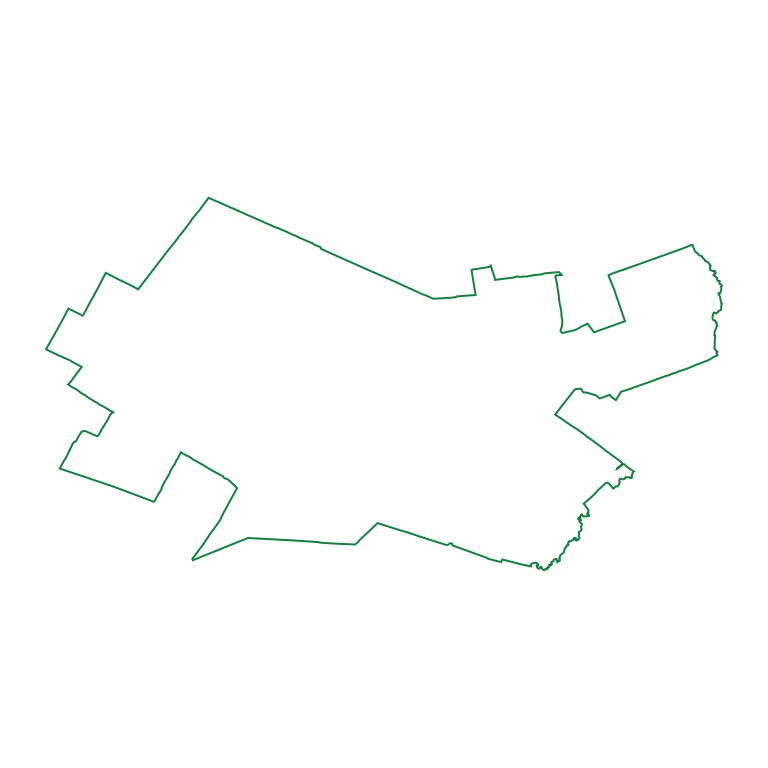 the district of Vanatori, Mehedinti, Romania
{"feature_id": "2599482B58369047953244", "entity_name": "Vanatori", "entity_type": "district", "adm_level": 2, "iso_a3": "ROU", "parent_name": "Romania", "parent_adm1": "Mehedinti", "projection": "mercator", "projection_center": [22.926, 44.254], "detail": "fine", "context": "isolated", "style": "outline", "palette": "green", "viewbox_px": 768, "rotation_deg": 0, "n_neighbors": 0, "source": "geoboundaries", "source_scale": "gbopen_adm2", "svg_char_len": 6081}
<svg xmlns="http://www.w3.org/2000/svg" viewBox="0 0 768 768"><path d="M580.2,516.3L581.6,514.4L582.1,514.6L582.3,515.8L582.9,516.2L585.0,516.5L588.8,516.0L589.2,515.4L589.2,515.0L587.2,514.2L587.1,513.7L588.5,512.2L588.2,511.8L588.5,510.1L583.7,503.6L588.1,500.0L591.9,496.6L595.8,492.8L597.9,490.3L605.4,483.4L606.5,482.8L607.6,482.7L608.7,483.5L611.8,486.7L613.2,488.6L614.0,488.2L614.6,487.2L615.6,486.5L617.3,486.4L617.8,486.1L619.0,484.5L619.1,484.0L619.8,482.7L619.3,481.0L619.4,479.8L620.0,478.8L620.9,478.6L622.1,479.4L624.5,478.9L624.8,478.7L625.1,477.8L625.9,477.1L627.3,477.4L628.5,477.2L629.2,477.4L630.0,478.0L631.0,478.1L632.1,477.5L631.5,475.5L632.4,474.6L632.6,472.7L633.9,471.5L628.5,468.0L623.7,464.0L622.7,464.5L618.4,468.1L616.9,468.9L617.1,468.3L622.0,464.4L622.2,463.8L621.9,462.8L618.7,460.1L606.2,451.0L599.2,445.4L589.4,438.2L586.8,436.8L586.2,435.9L584.8,434.8L576.7,428.9L572.1,426.2L560.4,418.0L555.1,414.6L574.5,389.8L575.8,389.1L581.1,388.7L582.5,391.4L583.8,392.5L585.5,392.4L588.4,393.1L595.9,395.4L597.4,396.4L599.5,398.4L600.3,398.3L609.8,394.8L611.1,396.7L615.9,400.1L621.1,391.7L630.0,389.0L633.9,387.4L647.2,382.8L660.5,377.9L666.8,375.7L668.0,375.5L673.8,373.2L676.8,372.3L678.6,371.4L686.3,369.0L696.3,364.8L708.1,360.3L711.4,358.5L712.9,357.4L717.4,355.4L716.4,352.5L716.4,352.3L717.4,351.8L714.7,348.9L714.4,347.7L714.8,344.0L714.7,341.5L714.9,337.6L715.4,336.5L715.2,336.0L714.5,335.5L714.3,335.0L714.6,334.4L714.5,332.8L714.7,331.8L716.7,326.6L717.3,325.8L716.6,325.0L716.8,323.8L716.7,322.9L716.0,322.7L715.4,320.8L714.4,320.8L714.0,320.1L713.0,319.7L712.5,318.1L712.6,316.1L713.6,312.8L714.7,312.5L716.1,313.4L717.9,312.1L718.4,311.0L720.9,310.0L721.2,309.7L721.1,307.0L721.4,306.1L721.5,304.6L721.8,303.7L721.2,303.2L721.1,302.8L721.3,302.3L720.7,301.1L720.6,300.5L720.8,299.9L720.3,298.8L720.0,296.7L718.4,293.8L718.8,293.2L719.3,293.6L719.8,293.4L720.4,292.6L721.3,289.2L721.2,287.7L720.9,286.9L721.9,285.8L721.9,285.4L721.2,284.4L720.3,284.3L719.4,283.7L719.3,282.9L719.8,281.5L719.6,281.0L717.5,280.7L717.3,280.4L716.9,278.8L717.1,277.9L713.6,275.2L713.5,274.8L713.8,274.5L715.5,273.6L715.6,272.8L715.2,271.5L714.6,270.9L714.2,271.4L714.0,270.9L713.5,271.2L710.6,270.2L710.1,269.5L709.9,267.9L710.2,267.7L710.6,265.6L710.0,265.6L709.7,265.3L709.6,264.1L708.0,262.7L707.6,262.0L705.1,260.9L705.2,260.4L703.2,258.4L702.3,257.2L702.0,256.4L698.7,254.8L697.7,253.8L697.7,253.4L695.5,251.9L694.9,251.0L693.7,248.2L692.6,245.0L691.5,245.0L682.7,248.5L633.6,266.1L611.5,273.8L608.5,275.4L614.3,290.0L625.0,321.2L594.0,332.3L587.6,323.7L580.7,326.9L578.7,328.3L574.5,330.2L562.6,333.0L560.7,331.5L560.6,330.3L561.9,326.3L562.3,322.2L562.1,319.1L561.5,316.1L561.4,312.0L559.1,300.1L558.7,295.2L556.6,281.8L555.4,276.7L555.4,276.0L555.7,275.6L561.7,274.9L558.9,272.1L544.4,273.4L541.9,274.3L533.7,275.2L526.8,276.5L523.0,276.5L520.4,276.9L516.9,276.5L515.0,277.3L495.1,279.9L494.6,277.3L492.1,270.1L490.8,265.6L489.3,266.9L472.0,269.7L471.5,270.1L475.6,295.0L456.9,296.4L455.2,297.3L448.2,298.0L446.4,297.8L444.8,298.1L433.1,298.7L426.1,295.5L422.9,294.4L387.9,278.5L366.7,269.3L325.5,250.9L320.8,248.7L320.6,247.2L313.6,244.4L313.0,243.4L310.2,242.4L298.7,237.4L295.6,235.7L291.0,234.0L285.7,231.3L284.1,230.8L278.1,228.1L274.3,226.8L208.6,197.8L198.9,210.9L192.3,218.7L190.0,222.3L182.9,231.7L179.7,235.5L173.3,244.1L168.8,249.4L138.2,289.3L129.0,284.4L122.1,281.2L105.7,272.9L96.9,289.9L82.8,315.7L68.5,308.6L60.7,323.2L46.1,349.3L58.4,355.3L69.7,360.2L73.4,362.5L81.7,366.9L68.9,384.0L68.1,384.4L70.7,386.3L77.4,390.0L81.2,393.1L85.3,395.3L89.1,398.3L90.4,398.8L93.0,400.6L97.7,403.2L99.1,404.5L104.1,406.9L110.3,410.8L114.2,412.7L112.9,412.4L111.8,412.9L110.0,415.2L108.8,417.5L108.4,418.8L104.9,424.2L104.0,425.9L103.1,427.0L99.1,434.2L97.6,436.2L97.1,436.2L85.4,431.1L84.2,431.0L81.6,431.7L78.1,437.1L76.7,440.0L75.8,441.3L73.8,442.2L72.7,443.8L65.9,457.9L64.1,460.5L59.7,468.5L113.7,486.7L153.9,501.8L154.3,501.6L158.0,494.8L161.4,489.4L161.8,487.1L162.8,485.6L164.4,482.2L168.9,474.7L169.6,473.3L170.3,471.2L172.7,467.0L174.8,464.1L176.2,460.8L177.4,459.0L180.9,452.4L187.2,455.9L188.5,456.2L193.2,459.5L203.4,465.1L209.6,469.1L223.0,476.4L224.3,478.2L227.3,479.1L228.4,479.7L237.1,488.0L222.7,514.3L220.7,518.9L219.6,520.8L215.2,527.1L210.3,533.7L202.7,545.1L192.3,558.8L192.9,560.2L247.9,538.0L294.3,540.5L312.5,541.7L318.5,542.2L320.0,542.6L334.4,543.6L355.2,544.5L358.0,542.2L359.3,540.4L377.6,523.1L400.2,530.3L407.7,532.4L420.5,536.8L446.0,544.9L447.6,544.9L448.4,544.6L449.9,543.3L451.3,543.3L452.3,544.1L452.5,545.4L486.9,557.9L487.9,558.7L501.1,562.1L502.1,559.7L502.4,559.5L522.2,564.6L531.0,566.4L530.7,565.3L531.7,563.6L535.7,562.6L537.1,563.2L538.2,564.6L538.3,565.5L538.0,565.7L537.3,564.9L536.8,565.6L537.0,565.9L537.0,567.0L537.6,568.1L538.9,568.6L539.6,568.4L540.1,568.0L540.3,567.1L541.0,566.8L541.5,567.1L541.6,568.1L542.5,569.3L544.0,570.2L545.0,569.2L546.1,569.4L546.5,569.1L546.6,568.7L547.4,568.9L547.8,568.5L547.5,567.4L548.0,567.0L548.6,567.3L548.9,567.1L549.2,566.8L549.3,564.9L550.7,565.1L551.4,564.9L551.7,564.4L551.8,563.8L551.2,563.8L551.0,563.1L552.1,561.5L553.3,561.3L553.6,560.9L553.6,560.0L554.0,559.6L555.7,558.8L556.4,558.9L556.9,559.8L556.8,560.6L557.6,560.8L557.4,562.1L559.5,561.0L559.8,560.6L559.9,559.9L559.4,559.5L559.4,558.3L559.7,558.2L559.6,556.9L560.3,555.9L560.2,555.4L561.7,554.0L563.4,553.0L564.2,551.7L564.1,551.0L564.9,548.1L566.3,547.1L566.6,545.6L567.4,545.1L568.2,545.2L568.4,544.8L568.0,543.0L568.5,542.6L568.7,541.6L569.1,541.2L570.5,541.4L571.6,540.5L572.8,540.1L573.4,539.3L573.8,538.7L573.8,538.1L574.4,537.9L575.8,538.1L576.4,538.8L576.0,539.6L575.4,539.8L575.8,540.4L576.3,540.5L576.9,540.5L577.7,540.0L579.2,538.6L579.4,537.9L579.3,537.3L578.8,536.4L579.2,534.1L578.9,532.1L579.9,531.5L581.3,530.1L581.5,529.1L581.0,526.6L581.7,525.4L581.9,524.2L581.8,523.8L580.0,522.3L579.7,521.5L579.8,521.2L581.1,520.4L580.8,519.6L580.4,519.2L579.0,520.0L578.1,518.6L578.5,517.8L579.0,517.8L579.6,518.2L580.2,517.8L580.2,516.3Z" fill="none" stroke="#15803d" stroke-width="2"/></svg>